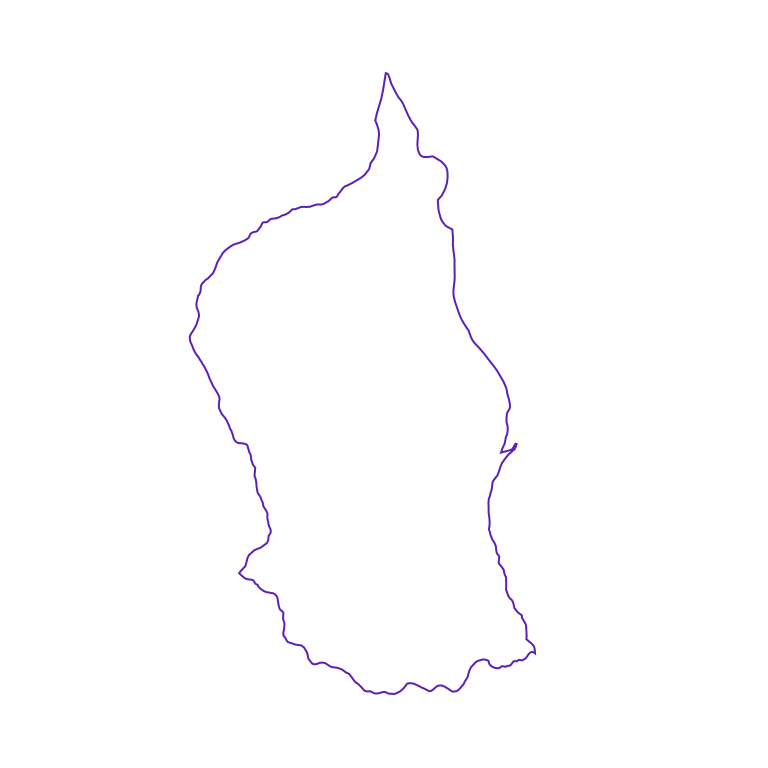 Gualmatán, Nariño, Colombia, rotated 11°
{"feature_id": "7082276B40313955384200", "entity_name": "Gualmatán", "entity_type": "district", "adm_level": 2, "iso_a3": "COL", "parent_name": "Colombia", "parent_adm1": "Nariño", "projection": "robinson", "projection_center": [-77.583, 0.935], "detail": "fine", "context": "isolated", "style": "outline", "palette": "violet", "viewbox_px": 768, "rotation_deg": 11, "n_neighbors": 0, "source": "geoboundaries", "source_scale": "gbopen_adm2", "svg_char_len": 6157}
<svg xmlns="http://www.w3.org/2000/svg" viewBox="0 0 768 768"><g transform="rotate(11 384 384)"><path d="M421.6,219.3L414.6,217.1L411.2,214.3L410.0,213.1L408.8,211.7L407.6,209.7L404.7,203.8L403.8,201.1L401.7,193.0L404.6,188.2L405.2,186.3L406.5,182.1L407.0,179.3L407.4,175.1L407.4,173.3L406.9,168.4L405.8,163.6L404.2,160.0L402.2,157.7L397.5,154.5L389.3,151.5L387.9,151.3L386.0,152.1L382.6,153.1L379.5,153.6L377.6,153.2L376.2,152.5L374.9,151.3L372.7,147.9L371.1,142.7L369.8,133.1L368.8,129.1L368.1,127.8L364.7,124.5L362.0,122.3L360.4,120.6L356.6,115.9L349.4,105.5L346.5,102.3L343.7,100.0L340.2,96.0L334.4,88.6L333.3,86.9L331.1,82.5L329.0,79.4L328.2,78.7L326.4,78.5L327.0,95.6L326.9,104.0L325.4,119.4L325.1,126.9L327.5,130.5L330.2,135.6L331.6,140.1L332.8,156.0L332.8,157.4L331.1,164.7L328.7,169.7L328.5,175.7L325.1,182.4L322.5,185.5L319.9,187.9L314.5,192.7L309.7,196.4L307.8,197.5L305.6,200.7L305.1,202.1L302.8,206.6L302.4,208.0L301.8,209.4L300.6,210.1L299.4,210.2L298.0,210.7L296.7,212.2L294.7,215.0L290.4,218.7L289.2,219.4L287.7,220.0L285.0,220.3L282.9,221.0L277.0,224.4L275.5,224.5L274.5,225.0L271.4,225.4L268.5,226.2L263.9,229.1L262.6,229.6L260.7,230.0L258.7,232.9L257.5,234.3L255.7,235.8L253.6,237.2L251.8,238.0L250.0,239.8L247.2,241.6L241.6,243.5L240.6,244.4L238.9,246.8L237.8,247.6L235.5,248.1L234.4,248.5L233.9,249.3L232.7,253.6L230.4,258.0L229.4,258.8L226.9,259.8L225.3,260.9L224.2,262.3L223.5,265.3L223.0,266.5L222.1,267.6L220.5,269.1L217.0,271.7L213.7,273.8L211.7,274.7L209.3,276.2L206.2,279.1L202.8,283.0L200.8,286.1L197.1,296.5L196.4,302.0L195.2,307.3L194.7,308.5L193.3,310.3L191.5,313.4L188.8,316.2L186.4,320.1L185.8,321.5L185.7,324.1L186.2,327.5L185.8,330.5L185.3,332.0L184.7,332.7L184.5,341.0L185.6,344.8L188.2,348.8L189.0,350.9L189.4,352.3L189.4,354.0L189.1,356.3L188.8,359.7L188.2,363.0L186.6,367.6L184.8,372.1L184.5,373.3L184.4,374.4L184.6,376.1L185.7,379.2L188.0,382.4L190.3,386.2L192.3,388.8L193.5,390.2L195.8,392.1L199.1,395.7L201.1,397.6L202.1,399.1L203.5,400.3L206.8,404.4L209.3,407.8L211.7,411.8L216.4,418.3L222.8,425.3L224.8,428.3L225.3,429.7L225.7,434.1L226.0,436.5L226.5,438.7L227.3,440.1L230.3,444.2L234.5,447.7L236.8,450.2L239.8,454.4L241.3,457.1L242.9,458.8L245.3,462.8L246.6,465.7L247.7,467.2L249.4,468.7L250.6,469.3L252.2,469.7L257.5,469.2L258.9,469.3L260.7,469.7L261.9,470.9L262.4,471.6L262.6,472.7L263.7,474.2L264.1,475.6L265.1,477.1L266.0,477.9L267.2,480.2L267.9,483.1L269.6,486.3L271.0,488.5L273.6,490.8L274.3,498.0L274.7,499.4L276.0,501.4L276.9,503.7L277.8,506.4L278.4,508.9L280.6,514.6L281.2,515.5L283.2,517.4L284.6,519.0L286.0,521.4L287.3,523.0L288.3,525.3L288.8,526.9L292.8,531.1L294.0,532.9L294.5,534.0L294.8,536.9L295.6,539.3L296.9,542.1L297.2,543.3L298.5,545.9L299.7,547.4L300.4,548.5L300.8,549.7L301.1,551.1L300.9,552.4L299.7,555.0L300.2,559.3L299.9,560.7L299.3,562.6L295.0,567.3L293.7,568.6L292.0,569.5L288.7,571.7L287.0,573.8L284.2,577.5L283.5,579.6L283.2,581.4L282.8,588.0L282.5,589.5L279.3,594.5L277.9,597.3L278.9,598.1L284.2,601.1L286.4,601.7L292.0,601.4L293.1,601.7L293.8,602.3L295.9,604.6L298.5,605.5L299.5,607.0L300.8,607.9L302.6,609.0L305.2,610.1L308.1,610.7L315.4,610.6L317.2,611.3L318.9,612.6L320.1,614.0L323.0,621.9L324.4,624.5L325.3,625.4L327.9,626.8L328.7,627.6L329.2,629.0L329.2,630.8L329.7,633.3L330.3,634.9L331.3,636.6L332.1,638.7L332.6,642.7L332.7,645.5L332.5,647.4L333.2,648.8L333.2,649.9L334.2,651.0L335.2,651.6L337.7,654.7L339.1,655.7L347.1,656.7L352.7,656.4L355.8,657.9L359.4,662.0L360.4,663.7L361.9,667.6L363.3,669.1L366.8,672.1L368.1,672.4L369.5,672.4L371.4,671.7L374.1,670.0L376.1,669.4L378.1,669.1L379.4,669.2L385.2,671.5L387.2,671.8L392.1,671.5L394.6,671.8L397.3,672.3L402.2,674.6L404.2,675.0L405.7,675.7L412.1,681.6L413.8,682.7L415.2,683.0L420.0,686.1L421.7,687.6L423.7,688.9L426.3,689.0L428.4,688.4L429.6,688.2L430.9,688.8L432.4,689.2L434.7,689.5L437.3,688.8L441.9,686.5L443.3,686.2L444.6,686.2L447.5,687.1L453.6,686.2L456.7,684.1L458.5,682.6L460.7,679.9L461.6,678.4L463.5,674.4L464.3,673.5L467.1,672.6L470.7,672.5L476.9,674.1L478.7,674.8L480.8,675.1L487.0,676.9L488.7,676.4L490.3,674.8L493.5,670.7L495.5,669.5L498.0,668.9L501.3,669.5L506.1,671.3L508.1,672.3L510.2,672.9L513.4,671.9L515.3,670.4L516.8,668.1L519.5,663.2L520.1,660.6L521.4,657.5L522.1,655.1L522.1,652.7L522.7,648.2L523.5,645.3L527.1,639.6L528.5,638.2L533.6,635.5L535.6,635.3L538.7,635.5L539.7,636.2L540.3,638.0L541.6,639.5L543.8,640.7L544.9,641.1L546.6,641.4L548.6,641.5L549.9,641.3L551.4,640.8L553.3,638.7L555.0,638.3L557.2,638.5L559.2,637.0L560.7,636.8L562.0,635.6L564.1,631.6L565.6,630.9L567.2,630.9L568.7,629.3L569.8,628.9L572.3,629.0L575.1,626.7L576.0,625.1L577.5,621.6L578.6,620.0L579.7,619.0L580.8,618.8L582.6,618.9L583.6,619.5L582.7,616.0L581.9,614.1L581.0,612.7L579.4,611.3L577.4,610.0L576.1,609.5L572.3,607.2L572.3,605.1L572.0,603.8L569.6,594.1L568.6,592.3L565.3,588.5L564.0,587.2L563.7,585.3L563.0,584.6L559.0,582.7L554.8,579.1L552.9,574.7L551.7,572.8L550.3,571.3L548.6,570.5L547.6,569.6L545.9,567.4L543.1,562.7L542.2,557.3L540.6,550.3L538.8,548.0L536.9,543.5L535.2,541.8L531.0,538.2L530.6,537.3L530.1,531.5L529.4,530.6L527.6,529.1L526.5,527.6L524.7,521.8L523.3,519.6L521.8,517.8L519.9,515.9L517.3,511.8L516.1,508.9L514.7,506.7L514.6,503.0L514.1,499.5L513.0,495.4L511.2,490.2L510.7,487.2L509.2,480.7L508.8,477.1L509.3,473.6L509.4,470.1L509.7,468.4L509.8,465.4L509.3,460.5L509.7,458.2L511.6,454.2L512.7,452.5L513.5,447.9L514.1,442.8L515.0,438.8L516.1,436.7L516.6,435.2L519.8,429.1L522.0,426.6L523.2,424.7L524.4,423.5L525.3,420.7L525.6,417.6L524.9,417.4L524.3,417.9L523.0,421.9L522.3,423.4L521.3,424.5L512.0,429.0L512.7,423.8L513.8,419.6L513.8,412.5L514.3,410.5L514.4,408.1L514.3,406.2L513.4,401.8L511.5,398.0L510.6,393.0L510.4,389.1L510.7,387.8L511.8,385.1L512.0,383.8L511.9,381.8L511.2,379.2L509.9,376.0L507.2,370.6L504.9,364.9L500.9,358.9L492.2,349.1L487.3,344.6L481.7,339.8L477.1,335.6L470.4,330.3L465.6,326.9L462.8,324.5L460.3,321.3L456.9,315.5L451.7,310.3L447.7,305.7L444.7,301.3L438.3,290.2L435.8,284.9L434.8,281.7L434.2,277.9L433.5,268.9L432.8,264.6L430.1,251.9L429.9,250.0L428.2,244.1L426.2,238.4L425.8,236.6L425.1,234.6L423.8,227.2L421.6,219.3Z" fill="none" stroke="#5b21b6" stroke-width="2"/></g></svg>